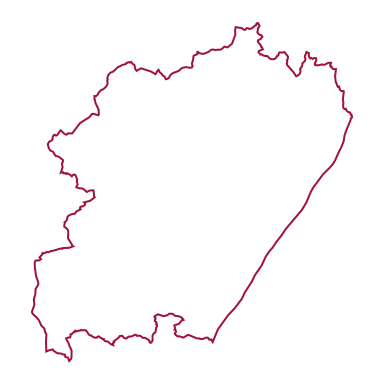 Kilmuckridge Lea-4, Wexford, Ireland (Mercator projection)
{"feature_id": "5873133B64504717779267", "entity_name": "Kilmuckridge Lea-4", "entity_type": "district", "adm_level": 2, "iso_a3": "IRL", "parent_name": "Ireland", "parent_adm1": "Wexford", "projection": "mercator", "projection_center": [-6.406, 52.51], "detail": "fine", "context": "isolated", "style": "outline", "palette": "rose", "viewbox_px": 384, "rotation_deg": 0, "n_neighbors": 0, "source": "geoboundaries", "source_scale": "gbopen_adm2", "svg_char_len": 5654}
<svg xmlns="http://www.w3.org/2000/svg" viewBox="0 0 384 384"><path d="M131.1,61.9L129.7,62.6L129.4,62.2L128.7,62.2L126.4,63.0L126.5,63.4L125.2,64.3L122.3,64.9L120.4,66.1L117.9,67.1L113.2,71.6L110.3,72.7L108.2,75.3L107.5,77.1L107.3,78.6L107.8,79.5L107.2,80.9L107.7,82.9L107.1,85.0L106.0,86.8L103.0,89.4L101.5,89.8L98.7,92.5L97.7,94.7L96.2,96.0L95.6,96.2L94.5,95.9L94.4,98.9L94.8,99.5L95.5,103.0L98.6,109.5L98.8,114.6L98.3,115.3L93.8,113.9L92.1,113.9L89.4,117.1L80.0,123.1L72.2,133.4L67.7,133.4L67.0,134.5L66.1,134.6L64.6,134.1L60.7,130.3L60.3,130.5L57.3,135.0L56.0,135.6L54.8,134.8L53.7,135.2L52.9,136.4L52.3,140.1L49.1,141.8L47.8,144.1L48.6,147.6L50.0,150.3L53.0,151.8L55.5,155.8L58.9,156.8L62.9,160.0L63.0,161.4L61.9,163.8L62.6,167.2L60.9,172.6L61.8,172.1L63.0,172.3L63.1,173.1L66.7,173.3L66.5,173.8L67.5,173.6L69.5,174.4L71.7,175.9L71.6,176.2L71.9,176.4L73.2,174.7L75.2,174.8L76.2,176.6L76.6,178.5L77.2,179.2L76.8,181.5L77.6,184.5L76.3,187.2L79.1,188.3L82.0,188.4L83.4,189.0L86.8,192.0L89.7,190.5L93.4,190.3L94.0,193.8L93.9,195.8L94.7,197.3L90.2,200.8L84.1,202.4L85.1,203.3L85.0,204.5L84.5,205.5L83.1,205.9L82.5,206.5L81.0,206.5L80.2,207.1L80.0,208.4L80.6,209.3L76.2,211.6L74.8,213.8L72.1,214.0L68.8,215.5L67.6,216.6L67.1,219.1L66.3,220.9L64.5,222.4L64.8,223.3L64.2,225.7L64.3,226.7L66.8,228.5L67.8,230.0L68.3,231.7L68.0,238.3L71.7,244.2L72.2,245.7L73.2,246.3L69.1,247.8L63.9,248.0L62.9,248.2L62.3,248.8L62.0,248.3L60.4,248.6L52.8,250.8L50.8,251.1L48.1,252.3L46.7,251.9L44.5,253.2L43.7,253.1L43.1,253.5L42.5,253.1L41.9,254.9L39.5,257.4L41.0,259.1L39.1,260.4L35.5,260.6L34.7,262.6L34.8,267.2L36.0,275.6L36.5,277.6L37.8,280.7L38.3,283.5L38.2,284.5L35.5,289.3L35.4,293.7L33.8,299.6L34.4,304.7L31.9,311.8L32.3,313.1L33.6,314.8L36.5,317.3L38.9,320.2L41.3,325.6L44.4,328.6L45.1,332.0L46.4,334.3L46.0,341.7L46.3,351.5L48.7,350.4L52.7,349.4L53.7,350.9L57.5,353.3L61.1,353.5L62.7,354.4L64.9,354.6L65.2,356.7L68.0,357.7L69.2,361.0L71.1,358.9L71.5,357.0L71.6,350.7L68.9,344.5L68.4,342.5L67.0,340.6L66.1,338.4L67.9,337.6L70.0,337.5L70.6,336.0L70.5,334.4L72.3,333.6L74.9,331.0L75.0,331.8L77.9,330.8L79.7,330.7L81.1,329.9L82.3,330.4L84.4,330.1L86.1,330.5L89.0,334.7L90.6,335.5L91.3,335.4L91.6,336.0L94.3,337.6L96.9,337.6L97.2,337.0L98.8,336.3L100.2,337.6L101.5,338.1L102.0,338.7L103.6,339.0L103.3,339.4L104.9,341.1L107.8,341.5L111.0,344.3L113.3,345.2L112.9,343.3L114.2,342.4L113.7,341.4L118.6,337.7L119.7,336.1L122.3,335.8L123.8,337.8L126.2,338.6L128.6,336.6L131.4,336.5L134.8,334.8L136.1,334.9L137.2,335.9L139.5,335.6L141.7,336.6L142.0,337.3L143.1,337.9L145.0,337.8L148.9,340.1L149.5,340.8L149.3,341.9L150.7,342.9L151.9,341.8L152.6,340.3L152.5,335.7L153.7,333.4L155.1,332.5L155.5,331.9L156.2,327.6L157.0,326.4L157.0,325.5L156.2,324.6L156.7,323.7L156.4,322.5L156.1,322.6L155.8,321.6L154.9,321.1L154.9,319.8L155.5,319.0L155.1,318.0L155.4,317.7L154.4,316.7L154.9,316.0L158.0,314.3L163.4,316.2L167.4,315.2L169.3,313.7L172.5,313.8L175.4,316.0L178.0,316.1L180.9,317.0L182.7,318.7L182.3,318.9L182.4,319.4L183.3,320.0L181.6,320.6L179.0,323.8L174.3,325.4L175.3,329.2L174.7,329.7L175.4,330.0L176.0,331.8L174.7,333.7L176.0,335.2L177.7,336.4L179.4,336.3L183.4,337.6L187.9,334.9L188.8,335.0L197.2,338.5L199.2,338.4L200.4,339.0L202.4,339.1L205.7,337.7L207.3,337.6L208.3,338.0L208.9,339.3L209.9,339.8L211.2,339.4L212.7,342.0L217.9,329.4L228.1,315.2L234.8,308.1L241.9,298.7L244.8,292.5L251.9,281.5L254.7,275.5L261.5,265.7L265.8,256.5L269.6,251.0L272.6,247.6L276.0,242.4L281.1,235.9L285.7,229.1L302.0,209.8L306.5,202.2L310.7,192.1L313.2,187.6L322.9,174.5L330.0,167.4L333.1,163.7L335.1,160.4L338.2,153.3L341.5,146.8L343.7,141.1L344.5,135.6L345.9,131.3L350.7,119.8L350.7,118.6L352.0,117.5L352.1,116.9L351.7,116.4L351.6,114.8L350.7,114.6L350.2,112.6L348.2,112.0L346.7,110.8L345.7,109.1L346.5,108.2L345.7,108.9L344.5,109.1L343.4,107.9L343.1,106.2L343.4,102.1L342.8,99.8L343.8,91.8L343.5,91.0L341.5,91.2L339.9,89.7L339.1,86.6L338.1,87.0L337.6,86.5L335.6,81.3L335.1,76.2L336.0,69.1L333.3,69.1L332.0,67.8L331.5,66.6L330.9,66.9L330.1,65.3L331.0,62.8L328.2,62.8L325.0,64.6L322.6,64.8L322.1,64.4L318.3,65.3L315.3,65.2L314.7,63.6L316.4,60.3L315.9,58.1L313.9,58.1L312.7,58.9L311.4,58.0L310.3,58.5L309.7,57.4L308.9,56.8L308.8,53.0L306.5,52.0L304.8,56.4L304.9,57.6L305.4,58.1L305.3,60.1L304.5,61.4L302.5,63.2L302.0,66.3L301.1,67.2L300.5,69.0L300.1,69.1L300.5,71.4L300.1,73.2L299.7,73.9L297.7,75.6L296.1,76.2L293.7,72.5L287.0,64.8L286.8,63.3L287.3,62.4L286.9,60.3L287.8,58.8L288.0,56.6L284.5,52.1L282.3,52.6L279.5,52.4L278.7,53.4L278.4,55.2L277.2,55.7L277.2,56.5L276.1,57.3L275.6,58.4L274.2,59.1L272.5,59.2L270.9,59.1L269.5,58.3L267.3,56.0L265.4,56.1L265.1,55.8L263.4,55.6L262.0,54.5L260.4,54.6L260.1,53.8L258.6,52.5L258.6,51.3L260.2,50.3L262.8,49.3L262.0,47.3L261.3,47.0L260.8,45.3L258.3,42.4L257.8,41.4L257.9,40.6L258.6,39.9L260.6,39.1L262.4,36.7L261.2,35.1L260.5,35.1L258.6,34.1L257.4,32.5L258.1,28.0L259.6,26.0L258.3,23.3L257.3,23.0L256.9,23.2L256.8,24.0L256.3,24.1L256.1,25.3L254.5,25.9L253.4,27.4L252.4,27.6L251.6,28.5L249.2,29.0L248.4,28.4L246.9,28.1L244.8,30.0L243.1,29.3L242.1,28.2L235.7,27.1L235.1,30.1L235.3,34.9L232.0,43.7L227.5,47.4L224.4,46.6L221.8,49.0L219.8,49.8L218.3,49.6L215.6,50.1L212.9,49.5L211.1,49.8L208.6,51.9L203.4,53.9L199.5,53.3L198.1,51.9L197.3,52.1L197.4,53.9L197.1,54.3L194.4,55.3L193.5,56.0L193.2,59.1L191.9,63.8L192.6,66.4L191.6,67.7L188.7,67.7L186.7,67.1L182.8,67.7L181.2,68.6L178.6,71.0L173.3,72.9L171.3,74.1L169.6,76.2L169.2,77.7L167.5,78.8L165.7,79.2L164.6,76.6L162.7,75.5L161.8,74.0L159.6,72.1L158.6,69.8L157.7,70.5L155.5,74.2L150.9,71.5L141.0,68.3L136.7,70.8L135.4,69.4L134.4,64.9L132.7,63.9L131.1,61.9Z" fill="none" stroke="#9f1239" stroke-width="2"/></svg>